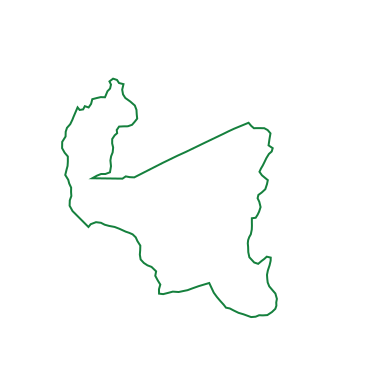 Itatiaia, Rio de Janeiro, Brazil (Mercator projection), rotated 314°
{"feature_id": "56859067B89596650160395", "entity_name": "Itatiaia", "entity_type": "district", "adm_level": 2, "iso_a3": "BRA", "parent_name": "Brazil", "parent_adm1": "Rio de Janeiro", "projection": "mercator", "projection_center": [-44.586, -22.443], "detail": "fine", "context": "isolated", "style": "outline", "palette": "green", "viewbox_px": 384, "rotation_deg": 314, "n_neighbors": 0, "source": "geoboundaries", "source_scale": "gbopen_adm2", "svg_char_len": 2402}
<svg xmlns="http://www.w3.org/2000/svg" viewBox="0 0 384 384"><g transform="rotate(314 192 192)"><path d="M95.3,119.3L94.9,141.8L98.5,141.5L103.6,143.9L106.6,147.9L107.8,151.9L110.0,155.9L113.1,160.6L115.1,165.3L117.4,171.8L119.0,175.2L120.3,178.7L120.3,183.0L118.8,186.8L117.5,192.1L114.1,195.2L110.7,198.0L107.8,201.9L107.5,206.6L108.3,210.9L110.0,214.9L110.0,221.3L106.2,223.8L104.6,228.8L103.4,233.5L99.1,235.8L96.0,238.9L98.5,242.2L102.5,244.7L107.0,247.4L110.8,251.9L115.1,254.8L118.3,257.0L123.1,259.3L128.9,262.2L138.5,267.6L134.7,277.6L133.8,282.8L133.3,287.6L132.9,293.3L132.4,296.8L134.5,300.1L135.7,304.2L137.4,309.4L139.8,314.0L143.1,321.4L146.5,324.4L150.0,325.9L152.4,328.6L155.8,331.7L161.2,332.9L165.8,333.1L168.8,331.7L171.1,329.3L174.1,327.3L176.9,322.5L177.3,318.0L177.8,313.1L179.5,309.3L181.7,306.6L184.5,303.5L188.2,301.1L193.2,298.7L197.2,296.3L199.5,294.2L197.4,290.7L194.1,290.5L191.0,290.0L186.3,289.5L184.5,285.7L184.9,278.6L187.8,274.3L191.5,270.5L193.8,267.8L196.4,265.8L199.3,264.5L202.4,263.7L206.5,261.1L209.3,258.6L211.8,256.1L214.7,253.3L217.7,255.7L221.2,255.0L224.5,253.9L228.8,251.8L231.7,247.2L233.1,243.5L236.0,241.8L240.0,242.5L244.9,242.8L249.7,240.5L253.2,238.3L252.9,234.8L252.6,230.7L253.4,226.5L256.8,225.3L260.2,224.5L263.7,223.4L267.9,222.0L272.8,220.9L276.5,221.2L279.6,219.6L278.7,214.7L283.7,211.1L288.7,207.7L289.1,203.4L288.1,199.7L284.1,195.4L280.9,192.2L280.7,188.7L281.1,184.6L266.7,178.3L261.0,176.1L255.7,174.2L237.2,167.3L216.5,159.7L207.9,156.3L192.6,150.7L162.4,140.3L159.5,137.0L157.2,133.5L153.3,132.7L132.6,110.7L137.8,112.3L141.8,114.1L144.8,117.2L149.2,119.3L154.3,115.8L158.0,111.4L161.5,109.0L165.4,107.4L169.2,104.4L171.5,100.8L174.7,97.8L179.1,97.0L182.3,97.3L184.3,94.8L188.4,94.1L191.5,97.0L194.7,100.2L198.7,102.2L202.7,102.0L206.7,101.6L209.3,98.5L212.5,95.0L214.5,90.8L214.2,84.8L213.3,78.7L214.3,74.6L217.1,70.7L222.0,67.8L219.7,63.8L220.5,60.2L218.7,56.5L214.2,55.8L213.0,59.1L209.5,61.2L205.8,61.2L199.7,63.6L196.8,60.4L193.4,58.2L189.5,55.8L185.3,58.2L181.0,58.9L179.3,55.3L175.8,56.3L173.0,54.2L173.4,50.9L168.7,52.7L163.7,54.6L160.8,55.8L156.2,57.3L151.3,57.5L147.6,59.3L144.1,62.5L137.9,63.8L133.3,68.1L131.8,73.1L131.3,78.0L127.6,81.6L124.3,84.4L121.0,86.2L116.2,89.0L114.8,94.5L112.8,97.8L111.2,102.0L107.9,105.1L105.3,108.0L101.1,109.9L97.1,113.5L95.3,119.3Z" fill="none" stroke="#15803d" stroke-width="2"/></g></svg>